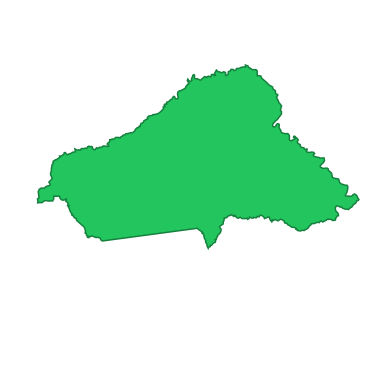 Canguçu, Rio Grande do Sul, Brazil (Albers equal-area conic projection), rotated 54°
{"feature_id": "56859067B84046168462742", "entity_name": "Canguçu", "entity_type": "district", "adm_level": 2, "iso_a3": "BRA", "parent_name": "Brazil", "parent_adm1": "Rio Grande do Sul", "projection": "albers", "projection_center": [-52.66, -31.277], "detail": "fine", "context": "isolated", "style": "filled", "palette": "green", "viewbox_px": 384, "rotation_deg": 54, "n_neighbors": 0, "source": "geoboundaries", "source_scale": "gbopen_adm2", "svg_char_len": 5953}
<svg xmlns="http://www.w3.org/2000/svg" viewBox="0 0 384 384"><g transform="rotate(54 192 192)"><path d="M245.8,71.4L245.5,68.7L244.6,66.4L242.1,65.1L239.8,68.5L238.6,69.0L237.4,70.3L234.9,72.3L233.8,72.5L233.3,71.6L233.0,70.2L231.4,70.3L230.0,71.8L228.7,74.2L227.5,75.4L226.0,75.3L225.6,74.1L224.7,73.7L224.3,75.4L223.2,75.7L221.9,75.5L220.4,77.2L218.8,77.4L217.2,76.6L215.3,77.6L214.2,77.7L213.4,77.3L212.1,75.3L207.2,76.1L206.8,77.0L207.6,77.8L209.1,76.7L209.6,78.0L209.1,79.7L209.1,81.4L207.7,82.5L206.2,82.2L205.2,81.1L203.3,80.0L201.6,80.0L200.7,80.5L199.8,82.2L197.1,84.4L196.0,84.7L194.5,84.0L190.9,83.7L189.1,81.9L187.9,81.8L187.1,82.6L186.9,83.6L187.8,85.2L188.1,86.5L187.0,87.9L186.1,88.0L184.6,86.9L183.6,82.8L183.6,80.7L181.5,73.8L179.7,72.4L178.0,72.5L175.7,70.0L175.2,69.0L172.8,68.9L171.3,69.2L168.5,68.5L165.9,68.2L164.9,67.8L164.3,65.9L163.3,65.4L162.4,66.3L161.3,66.5L159.2,65.0L156.2,65.9L154.3,65.1L150.6,66.8L147.8,67.1L141.2,68.7L138.5,68.2L136.2,70.8L132.3,68.1L130.9,68.2L128.4,71.3L126.1,72.1L124.6,73.0L122.9,72.6L120.7,74.2L122.4,75.3L121.3,76.5L120.6,77.9L120.0,79.1L119.8,81.0L118.3,83.4L119.1,84.6L118.6,86.6L117.0,86.7L115.7,88.4L116.6,89.6L116.0,91.8L118.1,93.8L117.9,96.0L116.7,95.8L115.0,94.6L113.4,95.7L112.9,98.1L111.0,99.1L110.1,100.2L107.7,100.6L109.2,103.8L110.1,104.4L111.4,104.5L111.0,105.5L109.3,105.7L108.4,107.3L109.5,108.3L109.8,109.4L108.0,110.5L107.7,111.8L107.9,112.9L107.0,113.2L105.9,114.2L106.3,115.7L106.3,117.7L106.6,119.0L105.7,120.0L103.8,120.9L102.2,122.9L101.0,123.0L99.3,121.4L98.2,121.4L98.0,122.4L99.0,123.9L100.2,126.1L101.5,126.3L101.9,127.7L100.6,128.9L98.2,129.1L99.2,130.4L102.5,130.6L102.4,132.3L103.2,135.2L104.1,136.4L103.5,141.0L102.8,142.7L102.8,144.6L104.0,146.0L107.9,147.9L107.7,149.6L107.2,150.3L106.4,150.5L104.7,150.1L103.9,150.5L104.2,152.1L105.2,153.8L104.7,155.5L105.0,156.5L105.2,158.0L104.5,159.3L104.9,160.2L106.0,160.6L105.0,162.2L105.3,163.5L107.1,163.5L107.0,164.5L106.3,165.2L107.9,166.3L108.5,169.5L108.7,172.2L108.4,174.5L107.8,175.2L107.6,176.7L106.7,177.4L106.4,178.4L106.6,179.4L105.2,182.2L105.2,183.4L105.8,184.6L106.7,184.6L106.1,189.0L106.9,190.1L107.1,191.6L106.5,192.8L107.3,194.1L108.3,195.2L107.7,196.0L108.5,197.1L107.8,198.5L107.9,200.1L108.3,201.4L109.0,202.4L109.0,205.2L107.4,208.2L107.3,209.3L106.0,211.0L106.3,212.7L105.6,214.2L105.8,215.9L105.6,217.1L106.0,218.1L105.3,218.7L103.1,221.4L103.2,224.7L102.2,225.4L102.1,226.5L101.3,227.8L102.2,228.3L103.1,230.2L102.9,231.4L103.4,232.4L104.6,231.9L106.0,232.3L105.8,233.4L104.7,234.0L102.5,237.0L102.7,238.2L102.3,239.6L101.4,240.6L101.5,242.0L101.0,242.8L100.1,243.2L100.8,245.6L100.1,246.4L98.0,246.9L97.1,246.1L95.9,246.7L95.7,247.7L94.3,248.5L94.1,249.9L94.9,251.5L93.7,252.6L93.6,253.6L91.8,256.0L92.5,257.2L92.1,258.1L91.3,258.8L90.8,260.2L88.3,261.4L89.7,261.9L90.9,263.3L89.7,265.0L89.6,267.6L89.1,268.5L88.8,270.3L88.2,271.2L85.6,271.3L85.1,272.2L86.3,273.8L85.8,277.1L85.1,278.0L86.2,278.3L86.1,282.7L85.6,283.7L85.7,284.8L85.5,286.0L86.1,286.9L87.3,287.3L87.5,288.9L90.6,292.2L91.9,293.0L93.9,295.6L95.0,296.3L99.0,297.1L99.9,302.0L102.4,302.1L103.1,302.8L101.8,306.7L102.0,308.9L101.2,310.6L100.2,311.6L100.0,314.2L100.7,314.9L101.3,316.2L106.7,319.1L106.8,321.1L109.1,322.2L110.1,323.2L110.8,321.8L112.4,319.7L112.5,318.6L112.3,317.5L112.7,315.7L115.6,312.7L116.0,311.5L117.4,310.0L116.3,307.9L114.1,306.4L116.6,303.0L117.0,302.1L117.8,301.8L119.8,302.5L122.0,302.0L123.2,300.5L123.7,299.1L123.5,298.0L124.5,298.1L125.3,299.5L127.4,298.8L128.5,299.0L129.9,300.7L130.9,299.5L131.4,300.8L133.6,301.1L134.7,301.6L137.4,302.1L139.1,301.8L139.6,302.7L140.7,302.6L141.9,301.9L143.5,302.4L145.5,301.2L146.5,301.9L147.9,301.9L156.7,299.9L159.0,300.3L161.0,301.1L162.4,302.6L163.4,301.9L165.2,302.9L166.1,302.6L167.2,303.2L168.3,302.2L167.4,301.5L168.5,300.3L168.5,298.9L171.9,296.8L172.8,295.9L173.3,294.7L174.3,294.3L174.9,293.5L177.5,293.8L178.3,293.7L179.1,293.0L224.5,209.0L225.8,208.9L230.9,207.1L231.0,208.1L231.9,207.9L232.8,207.4L236.2,209.0L239.7,209.6L240.6,210.5L242.7,210.6L244.8,211.6L247.1,212.0L246.4,210.9L246.9,209.4L245.9,208.7L246.6,207.7L246.4,206.4L245.9,205.3L245.9,203.9L246.4,203.0L245.6,201.7L244.1,201.3L244.7,200.3L243.9,199.6L242.9,197.4L242.2,196.8L241.8,193.8L241.1,192.2L239.3,190.3L237.9,190.5L236.2,190.0L236.1,188.5L236.2,185.5L234.3,184.2L234.1,183.1L231.9,181.1L232.9,179.9L233.0,178.3L232.6,177.1L233.4,174.9L233.4,173.5L235.1,173.1L235.9,171.4L236.5,172.2L236.9,171.1L239.1,170.9L240.4,170.0L240.8,167.8L243.0,167.1L245.3,163.8L245.5,162.8L246.9,163.0L247.0,161.6L246.1,160.1L247.9,159.3L249.1,157.9L248.8,156.8L250.6,155.5L250.7,154.5L250.0,153.7L251.6,152.2L250.8,150.4L252.0,149.4L253.4,148.8L255.2,148.6L256.1,149.0L257.3,144.4L258.6,144.5L260.2,145.1L263.1,145.0L262.7,144.1L261.8,143.4L263.0,142.7L262.8,141.4L263.6,140.7L265.8,139.5L266.2,136.2L267.5,135.3L269.4,134.6L271.5,135.2L273.1,133.7L274.8,133.8L275.5,133.3L279.0,132.0L281.1,129.9L282.2,129.2L283.1,129.9L284.0,128.8L285.0,129.4L287.2,127.3L288.0,124.9L289.1,124.0L289.0,122.5L289.4,121.3L289.4,119.3L288.6,117.2L288.5,115.2L287.9,114.0L289.4,111.6L290.1,108.6L291.6,106.9L291.1,105.8L291.3,104.5L293.1,103.9L293.7,99.9L293.6,98.6L294.4,97.8L294.7,96.7L296.3,95.5L297.7,94.9L298.9,93.2L298.9,92.2L297.9,91.6L296.7,88.4L297.3,87.4L295.0,86.3L292.4,86.8L290.3,86.2L289.1,85.3L288.2,83.8L288.5,82.8L289.7,81.8L291.5,80.9L291.8,79.9L293.8,79.6L296.1,78.0L296.6,77.0L298.1,75.8L297.9,72.8L298.1,71.5L297.1,68.8L297.3,66.3L296.0,63.6L296.6,62.5L296.2,61.4L294.6,61.4L291.8,60.8L289.7,61.3L289.0,61.9L288.9,63.0L289.2,65.3L288.6,66.5L287.5,67.5L286.8,68.7L285.6,69.9L284.7,69.8L283.3,66.9L280.9,64.1L278.9,62.6L277.8,62.5L276.0,64.5L273.1,66.5L271.8,66.9L270.6,66.8L268.1,65.9L267.1,66.1L265.8,67.7L263.9,69.2L262.6,69.8L259.1,68.1L258.1,68.1L254.8,68.9L253.2,68.2L252.1,68.6L250.1,71.8L249.4,72.5L247.5,73.4L246.5,73.3L245.8,71.4Z" fill="#22c55e" stroke="#15803d" stroke-width="1.5"/></g></svg>